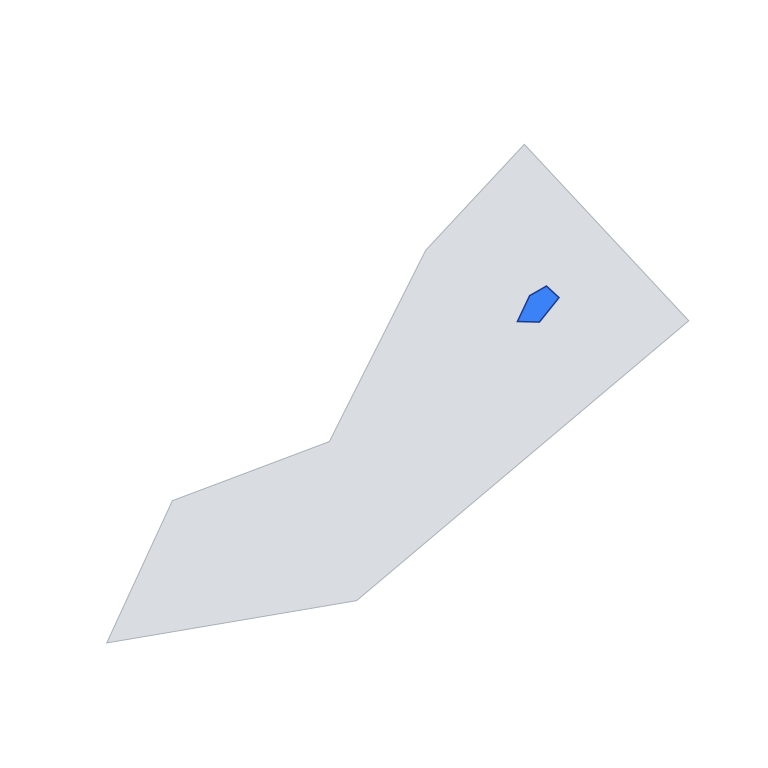 location of Mont Buxton within Seychelles, rotated 82°
{"feature_id": "SYC-5214", "entity_name": "Mont Buxton", "entity_type": "state/province", "adm_level": 1, "iso_a3": "SYC", "parent_name": "Seychelles", "parent_adm1": "", "projection": "orthographic", "projection_center": [55.442, -4.613], "detail": "fine", "context": "in_parent", "style": "filled", "palette": "blue", "viewbox_px": 768, "rotation_deg": 82, "n_neighbors": 0, "source": "natural_earth", "source_scale": "10m", "svg_char_len": 399}
<svg xmlns="http://www.w3.org/2000/svg" viewBox="0 0 768 768"><g transform="rotate(82 384 384)"><path d="M594.7,441.3L601.8,694.6L470.1,609.8L433.4,446.1L257.4,324.1L166.2,211.7L363.8,73.4L594.7,441.3Z" fill="#d9dde1" stroke="#a8b0b8" stroke-width="1"/><path d="M316.8,227.5L309.6,209.5L322.8,198.7L344.3,221.5L340.7,243.2L316.8,227.5Z" fill="#3b82f6" stroke="#1e3a8a" stroke-width="1.5"/></g></svg>